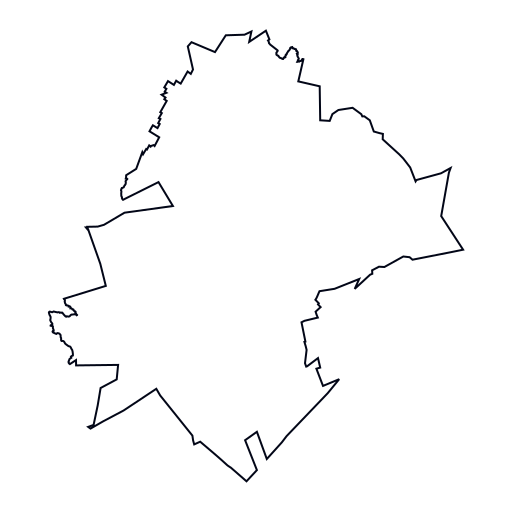 outline of Nuevo Ideal, Durango, Mexico
{"feature_id": "50627088B12062769498923", "entity_name": "Nuevo Ideal", "entity_type": "district", "adm_level": 2, "iso_a3": "MEX", "parent_name": "Mexico", "parent_adm1": "Durango", "projection": "robinson", "projection_center": [-105.12, 24.837], "detail": "fine", "context": "isolated", "style": "outline", "palette": "ink", "viewbox_px": 512, "rotation_deg": 0, "n_neighbors": 0, "source": "geoboundaries", "source_scale": "gbopen_adm2", "svg_char_len": 5650}
<svg xmlns="http://www.w3.org/2000/svg" viewBox="0 0 512 512"><path d="M463.1,249.7L441.2,216.1L448.9,172.7L450.6,168.0L441.0,173.3L416.5,180.0L415.6,181.4L410.2,167.5L403.2,158.4L399.2,154.3L382.7,139.3L382.9,133.9L379.4,133.1L373.8,131.5L369.8,120.3L364.3,116.3L362.3,116.4L361.3,114.2L352.6,107.8L338.4,110.0L332.4,114.1L329.7,120.9L320.2,120.3L319.7,86.3L298.3,81.4L303.4,59.2L302.9,59.0L302.6,59.0L302.4,59.0L302.2,59.3L302.2,59.5L301.9,59.8L301.2,60.8L300.7,60.9L300.6,61.0L299.8,61.1L299.5,61.2L299.2,61.6L298.2,61.4L297.9,61.6L297.7,61.8L297.3,61.8L297.9,60.6L297.9,60.1L298.3,59.7L298.8,58.8L298.3,57.6L297.6,56.5L297.5,56.3L297.4,55.5L297.3,55.3L297.6,54.8L297.2,54.5L297.3,54.2L297.0,53.7L297.5,53.5L297.7,53.3L297.8,53.1L297.7,52.7L297.8,52.5L297.5,51.8L296.7,51.3L296.4,51.1L296.3,50.9L296.5,50.7L296.2,50.5L296.2,50.0L296.0,49.3L295.9,49.3L295.5,49.2L295.2,49.0L295.0,48.9L294.7,48.9L294.4,49.0L293.6,48.4L293.5,48.2L292.9,48.3L292.7,48.3L292.4,48.1L292.2,47.8L292.1,47.5L292.1,47.1L291.6,47.2L291.3,47.6L291.1,47.6L290.7,47.5L290.2,48.0L290.2,48.8L289.9,49.0L289.7,49.6L289.3,50.2L288.4,50.9L288.3,51.1L288.3,51.3L288.0,51.5L287.7,52.1L287.3,52.6L287.1,52.9L286.8,53.9L286.6,53.9L286.3,54.2L286.1,54.5L286.1,54.9L285.7,55.0L285.4,56.4L285.2,56.5L285.4,57.1L284.7,57.6L284.4,57.7L284.0,57.5L283.8,57.6L283.7,58.0L283.3,58.4L283.3,58.7L283.1,59.0L282.8,59.0L282.2,58.8L281.8,58.6L281.5,58.3L281.1,58.2L280.4,57.9L280.1,57.9L279.8,57.7L279.4,57.4L278.5,56.2L278.4,55.9L278.0,55.8L277.8,55.5L277.0,55.2L276.7,54.9L276.4,54.6L276.5,54.0L276.3,53.1L276.4,52.7L277.6,51.0L277.7,50.6L277.5,50.3L277.2,50.1L277.0,49.9L270.1,44.5L269.7,44.0L269.6,43.8L269.5,43.7L269.3,43.4L269.1,43.3L269.1,43.0L268.9,42.7L268.9,42.3L268.5,41.2L268.0,40.5L269.4,39.4L265.9,30.7L249.2,41.9L251.4,31.5L244.5,34.7L225.8,35.3L215.0,52.1L191.5,42.2L187.8,46.4L193.0,69.5L190.8,73.9L187.6,71.5L180.7,83.6L177.9,81.9L176.2,80.7L173.9,84.9L168.0,81.1L164.3,87.4L166.4,88.8L164.7,91.7L166.4,92.8L161.6,94.7L165.5,97.6L164.3,99.2L166.7,100.9L160.3,112.2L161.8,113.1L158.8,118.2L160.4,119.0L158.2,123.1L159.7,124.0L157.5,128.1L152.9,125.3L151.7,127.2L149.5,131.3L159.2,137.3L154.6,146.0L153.7,145.1L153.2,145.2L152.0,145.7L151.0,145.9L150.6,146.6L149.2,145.4L147.0,149.5L146.2,149.0L143.1,154.2L142.3,152.2L136.2,168.9L126.2,175.2L126.1,175.8L126.1,177.5L126.1,177.8L125.9,178.0L125.8,178.4L126.1,178.4L126.4,178.3L126.7,178.7L127.1,178.8L127.3,179.0L127.2,179.2L126.7,179.5L126.3,180.3L125.6,181.1L125.6,181.7L125.8,182.2L125.8,182.5L125.7,183.6L125.6,184.1L125.3,184.4L125.0,185.1L124.5,185.5L123.7,187.3L122.4,187.9L121.9,188.0L121.9,188.4L121.3,189.0L121.0,190.4L121.3,190.9L121.4,191.7L121.2,193.6L121.3,194.9L121.3,195.9L122.0,197.3L121.9,198.0L122.3,199.0L123.0,199.8L158.5,182.1L167.9,197.7L172.9,206.0L124.5,212.7L104.0,224.8L97.7,226.6L87.3,226.8L87.4,227.3L85.9,227.4L88.1,230.0L88.3,229.8L100.3,263.8L105.8,285.9L63.9,298.8L64.1,299.2L64.7,299.2L64.9,300.6L64.9,301.1L64.7,301.5L65.0,303.0L65.9,304.5L65.9,305.1L66.2,305.3L66.6,305.3L67.0,305.5L67.6,305.4L67.9,305.5L68.7,306.2L68.7,306.6L69.0,306.6L69.3,306.2L69.9,306.5L70.2,306.6L70.5,307.2L70.4,308.3L71.2,308.3L71.2,308.2L71.4,308.3L71.6,308.5L72.0,308.9L72.3,309.3L72.7,309.2L73.4,309.5L73.6,309.9L73.5,310.2L73.9,310.7L74.5,311.2L75.1,311.3L75.5,311.7L75.6,311.9L75.3,312.6L75.4,313.1L75.9,313.3L76.0,313.5L76.5,314.5L77.1,315.0L77.0,315.4L77.2,315.9L76.1,314.6L74.7,314.3L74.2,314.3L72.9,314.5L71.9,314.5L71.1,314.8L70.5,315.3L69.8,316.1L69.5,316.3L68.8,316.6L66.7,316.3L66.4,316.7L66.1,316.7L65.4,316.3L63.8,314.6L63.0,313.6L62.7,313.1L62.1,312.6L61.5,312.8L61.2,312.6L60.8,312.5L59.8,312.8L59.5,312.5L59.0,312.2L58.3,312.2L57.7,312.4L57.2,312.3L55.6,312.0L54.1,311.6L53.6,311.5L52.3,312.2L51.6,312.1L49.8,311.6L49.2,311.9L48.9,312.5L49.1,313.5L49.6,315.0L50.2,316.0L50.6,316.9L50.6,317.7L50.5,319.1L50.4,319.5L50.2,320.0L50.9,321.7L51.3,322.3L51.8,322.9L52.2,323.5L52.4,324.0L52.2,324.5L51.6,325.0L50.8,325.2L50.6,325.4L50.6,325.7L51.2,325.9L52.4,326.0L52.7,326.1L52.9,326.5L52.9,328.1L53.6,329.9L53.7,330.7L53.4,330.8L53.5,331.0L53.2,331.3L52.9,331.3L52.9,331.5L52.6,331.8L52.8,332.1L53.1,332.5L55.7,333.7L56.4,333.9L57.3,333.1L57.9,333.2L58.6,333.3L59.5,333.7L60.6,335.1L60.6,336.0L60.7,337.3L61.1,338.0L61.1,340.0L61.2,340.4L61.3,340.7L61.7,341.0L62.3,340.9L63.1,341.0L63.8,341.4L64.2,341.8L65.1,343.5L65.6,344.0L67.2,345.2L68.3,346.0L68.7,346.2L69.9,346.5L70.2,346.7L70.4,346.9L70.8,347.5L71.0,348.0L71.3,348.5L71.5,349.0L72.2,350.0L72.4,350.8L72.6,351.6L72.7,352.5L72.8,353.1L72.9,354.2L72.9,354.5L72.9,355.1L72.9,355.4L72.8,355.6L72.1,355.8L71.4,356.2L70.9,356.7L71.0,357.2L71.3,357.8L69.6,358.9L69.4,359.4L69.1,360.2L68.8,360.8L68.8,361.3L68.5,361.8L68.6,362.5L68.7,362.8L68.9,362.9L68.9,363.2L69.2,363.6L69.9,364.1L76.0,360.1L76.1,365.4L118.1,364.9L116.7,379.4L100.6,388.0L97.7,405.4L93.6,424.9L88.2,426.9L90.5,428.6L103.4,421.2L123.6,410.5L156.3,388.8L160.2,395.5L192.4,435.6L193.1,440.4L194.2,444.4L200.2,441.7L215.8,455.0L221.3,459.8L226.8,464.8L227.6,465.5L230.1,467.2L230.8,467.6L246.5,481.3L256.9,470.1L245.1,440.2L256.9,431.8L266.8,459.0L281.8,442.4L286.6,436.1L327.7,393.2L339.2,379.2L323.0,385.9L316.4,368.7L320.2,367.6L318.0,358.1L307.1,366.3L306.2,366.6L305.0,363.2L306.6,349.9L305.7,346.2L304.4,341.9L305.4,341.6L301.5,322.3L304.5,320.8L317.8,317.6L316.6,314.8L315.6,311.7L320.6,307.1L318.0,304.4L318.8,303.3L315.4,299.8L316.3,298.4L317.2,296.5L318.9,292.5L319.5,291.2L334.6,288.8L359.2,279.0L354.7,288.9L370.1,274.7L372.3,273.8L372.1,270.3L379.0,266.7L384.4,267.0L403.3,256.5L409.6,257.2L412.5,259.7L450.8,252.2L463.1,249.7Z" fill="none" stroke="#020617" stroke-width="2"/></svg>